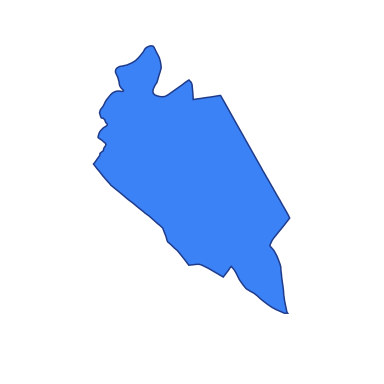 An Phu, An Giang, Vietnam (Mercator projection), rotated 335°
{"feature_id": "81297802B41294306698552", "entity_name": "An Phu", "entity_type": "district", "adm_level": 2, "iso_a3": "VNM", "parent_name": "Vietnam", "parent_adm1": "An Giang", "projection": "mercator", "projection_center": [105.093, 10.836], "detail": "fine", "context": "isolated", "style": "filled", "palette": "blue", "viewbox_px": 384, "rotation_deg": 335, "n_neighbors": 0, "source": "geoboundaries", "source_scale": "gbopen_adm2", "svg_char_len": 3733}
<svg xmlns="http://www.w3.org/2000/svg" viewBox="0 0 384 384"><g transform="rotate(335 192 192)"><path d="M236.6,89.2L236.1,89.2L232.2,89.8L228.0,90.8L222.9,91.7L217.9,92.6L213.0,93.5L211.2,93.8L207.9,94.0L206.9,93.7L205.6,93.2L203.6,92.2L201.2,90.3L200.3,89.4L200.0,88.9L199.5,88.6L199.3,88.4L198.6,85.9L199.2,84.1L199.9,83.0L201.1,81.7L203.4,79.8L206.6,77.8L209.5,74.5L212.2,71.4L213.2,70.4L215.5,67.7L216.5,66.6L217.5,63.9L218.5,60.3L218.6,59.4L219.1,56.5L219.0,52.8L218.8,49.4L218.8,47.7L218.8,45.7L218.7,44.4L218.3,43.3L217.5,42.7L216.6,42.2L215.3,41.8L212.8,41.7L211.6,41.8L210.5,42.1L209.4,42.7L207.3,44.3L202.1,46.9L200.2,47.7L196.5,49.0L194.4,49.3L191.9,49.5L190.1,49.5L186.4,49.4L184.6,48.9L182.8,48.6L180.9,48.1L179.8,47.7L178.8,47.7L176.9,47.8L174.9,48.6L173.6,50.3L173.4,50.8L173.3,51.2L173.2,51.7L173.2,56.4L173.1,57.6L172.3,61.9L171.7,63.5L171.5,64.6L171.4,65.8L171.8,68.2L172.1,68.9L172.7,70.3L172.8,71.2L172.2,71.6L171.6,71.5L170.4,70.9L169.2,70.0L168.0,69.4L166.7,68.9L164.7,68.5L162.3,68.6L160.5,69.0L159.1,69.6L157.2,70.5L153.3,72.4L151.4,73.7L149.9,75.0L147.4,76.9L144.9,78.1L143.5,79.0L141.9,80.8L141.5,81.6L141.5,82.2L141.3,83.2L141.1,84.9L141.1,85.6L141.0,86.1L141.1,86.5L141.4,86.8L141.6,87.0L142.3,87.3L142.7,87.6L142.9,88.2L143.1,88.8L143.2,89.1L143.5,89.5L143.4,90.2L143.2,91.2L143.3,92.0L143.3,92.8L143.4,93.4L143.7,93.9L143.9,94.2L143.9,94.7L143.7,95.2L143.2,95.6L142.5,95.9L141.7,96.0L140.6,96.2L139.4,96.3L138.1,96.6L135.5,97.6L134.1,98.3L133.2,99.0L132.2,99.9L131.8,100.4L131.2,101.1L130.5,101.8L130.2,102.4L129.9,103.0L130.4,104.0L131.4,105.7L132.3,107.2L133.0,108.9L134.1,111.3L134.2,112.5L133.8,112.7L133.4,113.2L132.9,113.8L131.5,114.4L131.0,114.8L130.1,115.6L129.5,116.5L128.9,117.2L127.8,117.3L124.9,118.1L124.0,119.8L120.2,121.9L116.3,124.2L114.5,125.0L115.2,128.1L115.9,131.2L116.8,134.4L117.5,137.6L118.2,140.5L118.3,140.8L119.2,144.0L120.1,147.2L120.3,147.7L121.1,150.3L121.2,151.3L122.3,153.5L123.8,156.7L125.4,159.9L126.9,163.0L128.4,166.2L129.8,169.4L131.3,172.5L133.0,175.6L134.6,178.8L136.0,181.9L137.5,184.9L139.0,188.0L139.6,189.1L140.4,191.1L142.8,195.3L145.0,200.3L147.3,205.8L148.8,208.8L149.9,211.5L150.2,212.1L149.6,221.5L149.0,224.8L148.9,227.0L150.4,230.2L152.4,235.5L153.9,238.7L154.9,242.5L156.4,248.7L158.2,257.0L166.7,259.9L167.8,260.5L169.6,261.9L174.5,268.0L184.4,282.3L185.7,281.6L189.9,279.4L192.4,278.1L193.0,277.7L193.3,277.5L193.9,277.1L195.3,276.4L196.1,276.0L197.3,280.1L197.7,283.8L197.8,287.6L197.9,291.5L198.5,295.1L199.2,298.6L200.2,302.5L202.7,306.3L205.4,310.0L207.3,313.7L208.8,317.5L210.9,321.8L213.2,326.1L215.7,330.3L218.3,333.8L221.8,337.8L223.9,340.2L224.5,340.9L227.5,342.3L227.4,341.7L227.4,340.2L228.1,337.6L228.5,335.7L228.7,334.8L229.3,332.3L230.0,329.4L230.6,327.7L231.6,324.2L233.4,319.6L234.7,315.5L235.9,311.5L237.1,307.6L238.5,303.7L239.3,301.1L240.8,297.3L241.3,294.4L241.4,293.3L241.7,289.6L241.9,285.9L241.7,282.3L241.5,279.7L241.1,278.1L240.1,274.7L239.8,273.5L241.9,271.6L244.3,269.6L246.4,268.4L251.3,266.0L253.7,264.8L260.8,261.4L268.2,257.6L269.5,256.9L269.5,255.5L269.5,254.3L269.2,249.4L269.0,247.1L268.8,244.8L268.6,242.9L268.5,241.5L268.3,239.2L268.2,236.6L268.0,235.3L267.9,234.1L267.8,232.9L267.7,231.8L267.5,229.8L267.4,228.2L267.3,226.8L267.1,224.9L267.0,222.7L266.8,221.0L266.7,219.9L266.6,218.4L266.4,216.2L266.3,214.5L266.1,212.1L265.9,210.7L265.8,208.9L265.6,206.8L265.4,204.2L265.2,202.8L265.1,200.5L261.2,149.8L259.4,125.3L258.7,116.7L258.4,116.4L250.1,114.1L248.4,113.6L246.3,112.9L245.0,112.5L239.5,110.9L236.3,109.9L232.2,108.7L233.0,106.7L234.1,103.9L234.9,101.8L236.3,97.8L237.3,95.2L237.5,93.9L237.6,93.2L237.5,92.2L237.4,91.4L236.9,90.3L236.6,89.2Z" fill="#3b82f6" stroke="#1e3a8a" stroke-width="1.5"/></g></svg>